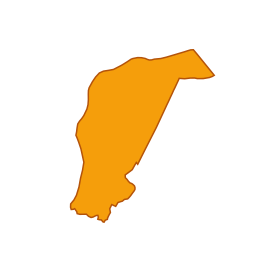 Guaíra, Paraná, Brazil (Natural Earth projection), rotated 27°
{"feature_id": "56859067B14850541028605", "entity_name": "Guaíra", "entity_type": "district", "adm_level": 2, "iso_a3": "BRA", "parent_name": "Brazil", "parent_adm1": "Paraná", "projection": "natural_earth1", "projection_center": [-54.219, -24.193], "detail": "fine", "context": "isolated", "style": "filled", "palette": "amber", "viewbox_px": 256, "rotation_deg": 27, "n_neighbors": 0, "source": "geoboundaries", "source_scale": "gbopen_adm2", "svg_char_len": 1630}
<svg xmlns="http://www.w3.org/2000/svg" viewBox="0 0 256 256"><g transform="rotate(27 128 128)"><path d="M150.7,28.6L148.3,30.0L146.1,32.1L143.8,34.4L135.8,42.0L130.0,47.5L125.7,51.2L120.2,54.7L118.0,56.7L116.2,57.7L114.0,58.1L111.8,58.2L107.9,59.3L104.5,61.0L100.9,63.8L99.5,65.3L97.5,68.9L95.0,73.1L93.6,75.3L92.1,77.4L89.5,81.0L88.5,82.4L84.6,85.4L80.3,88.5L77.5,92.0L76.0,97.3L75.5,101.2L75.3,103.1L75.1,109.7L75.7,112.5L77.2,115.7L79.9,120.9L81.8,125.4L82.8,129.8L83.0,136.9L82.5,140.7L81.7,144.0L81.4,147.2L82.6,151.1L83.9,154.6L84.9,158.1L87.2,160.0L90.4,162.9L95.5,167.9L99.2,172.4L101.8,175.6L104.2,178.5L106.7,186.4L108.5,194.2L111.1,202.8L112.6,211.3L112.5,216.7L111.4,221.7L112.8,224.7L114.4,226.4L116.3,225.2L117.1,224.1L120.3,225.8L121.6,227.4L124.2,226.8L130.1,223.7L132.9,224.6L135.7,224.5L137.3,223.2L138.4,221.7L139.4,220.4L140.8,219.5L142.0,220.8L142.5,223.0L143.8,222.8L146.1,222.0L148.1,223.0L149.4,222.8L149.6,220.4L151.1,218.8L150.7,217.4L150.6,215.3L150.6,213.5L150.7,211.3L148.4,208.3L148.3,203.6L152.6,203.4L152.9,198.9L156.2,195.7L157.2,193.3L159.9,191.3L160.6,189.1L161.1,187.0L161.5,184.2L162.0,181.5L162.1,179.7L161.4,178.1L160.1,176.7L158.3,176.1L156.7,175.8L154.6,176.0L152.5,175.3L150.4,174.2L148.2,173.5L146.8,171.1L150.7,163.2L150.9,157.5L151.1,155.0L153.1,155.9L153.0,138.8L153.0,128.4L153.0,118.6L153.0,114.8L152.2,92.5L152.1,89.9L152.0,85.4L151.8,80.9L151.7,77.2L151.5,73.7L151.5,70.9L151.2,62.6L151.1,60.5L156.1,58.4L160.7,55.3L164.7,53.2L167.4,52.5L172.6,49.8L177.7,46.0L179.7,43.8L180.9,41.9L178.7,40.9L155.9,30.8L150.7,28.6Z" fill="#f59e0b" stroke="#b45309" stroke-width="1.5"/></g></svg>